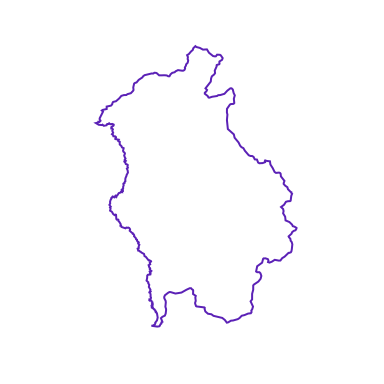 outline of San Agustín, Huila, Colombia, rotated 199°
{"feature_id": "7082276B97741553625130", "entity_name": "San Agustín", "entity_type": "district", "adm_level": 2, "iso_a3": "COL", "parent_name": "Colombia", "parent_adm1": "Huila", "projection": "albers", "projection_center": [-76.402, 1.927], "detail": "fine", "context": "isolated", "style": "outline", "palette": "violet", "viewbox_px": 384, "rotation_deg": 199, "n_neighbors": 0, "source": "geoboundaries", "source_scale": "gbopen_adm2", "svg_char_len": 6006}
<svg xmlns="http://www.w3.org/2000/svg" viewBox="0 0 384 384"><g transform="rotate(199 192 192)"><path d="M186.8,52.3L181.1,53.4L179.3,54.3L178.9,55.0L178.8,56.5L178.1,57.7L178.5,58.7L177.7,59.6L180.3,62.6L179.4,64.3L177.4,66.3L177.3,68.5L178.0,71.7L178.4,72.9L179.8,74.8L180.8,79.0L181.5,80.5L183.5,82.4L184.1,83.6L184.0,85.5L181.8,88.9L180.8,90.0L179.6,90.4L174.6,90.6L169.2,93.5L165.4,97.8L162.8,100.3L161.5,100.7L160.4,100.0L159.3,99.8L158.8,99.2L157.8,95.9L154.6,95.0L154.5,93.3L153.0,90.2L153.0,88.4L152.7,87.5L151.0,85.4L150.4,85.3L142.7,86.9L142.2,86.6L142.0,85.5L140.5,83.4L137.3,82.1L133.8,82.7L131.4,81.9L122.4,82.8L119.3,81.7L116.5,79.8L115.3,80.6L113.3,83.0L111.3,83.9L107.3,86.7L106.1,88.2L104.7,91.2L102.3,92.7L99.4,95.3L96.9,96.5L96.6,97.8L97.3,99.2L96.9,100.6L97.0,103.5L101.0,107.7L100.2,110.0L102.0,115.3L102.3,119.5L103.7,123.6L103.3,124.7L100.1,128.9L98.9,132.3L99.1,135.2L100.8,137.4L102.1,138.1L104.3,137.4L105.5,137.7L106.2,143.0L102.7,148.0L103.0,151.9L102.7,152.5L100.9,153.2L98.4,153.2L97.4,152.1L97.3,150.5L95.7,150.5L93.8,152.1L91.7,154.8L87.6,155.4L86.1,156.0L85.2,158.8L83.4,161.0L80.9,165.9L80.2,166.1L78.9,167.2L78.7,168.3L79.0,170.4L80.1,175.2L81.4,177.1L82.9,178.1L83.8,179.8L85.6,180.8L86.2,181.5L84.3,185.0L84.3,186.5L83.2,188.3L81.7,189.5L81.3,191.3L81.5,192.1L83.9,192.6L85.6,192.5L86.7,193.7L90.1,195.3L94.3,195.6L95.9,199.0L98.9,201.5L99.2,203.8L100.3,205.6L102.9,206.8L100.8,209.9L100.0,213.3L98.5,214.4L96.3,215.3L95.9,215.9L96.9,220.8L96.8,222.9L97.5,223.2L97.9,224.1L98.8,224.2L102.2,225.9L103.4,227.6L105.9,228.3L107.9,229.4L108.2,230.2L108.2,232.6L113.0,235.7L114.2,238.2L114.8,238.6L116.0,238.7L118.8,237.4L120.4,237.8L123.5,240.9L126.8,243.5L128.3,246.4L131.5,245.7L133.1,245.7L133.2,245.2L132.6,244.0L134.7,242.3L137.7,241.1L139.1,241.4L141.1,243.8L143.3,243.3L145.3,245.3L146.9,245.6L148.4,245.1L150.3,245.2L155.4,248.2L157.7,250.2L159.8,250.5L161.6,251.5L164.1,254.0L169.4,257.2L171.2,260.1L178.6,263.2L182.4,271.4L183.7,276.7L184.9,278.6L186.0,282.0L184.6,287.0L184.0,287.7L181.4,288.9L181.0,289.9L182.8,293.8L183.0,297.3L184.8,299.1L186.8,302.2L188.3,302.9L189.5,302.5L191.6,299.3L193.3,295.4L196.8,292.9L198.7,292.1L199.6,290.9L204.0,288.6L206.2,286.9L207.1,286.7L208.5,287.9L211.9,289.1L212.2,290.1L211.2,291.8L211.0,293.4L213.0,294.4L210.2,302.5L210.9,305.5L210.9,307.8L209.3,310.4L208.9,311.9L210.0,314.2L209.6,318.8L210.0,319.9L209.9,320.2L207.8,321.7L207.8,322.4L208.5,323.8L208.5,324.4L206.6,326.8L206.6,328.6L209.3,330.6L210.3,330.8L213.0,330.0L213.6,328.1L214.4,327.7L216.3,327.4L221.3,329.2L224.3,331.7L228.0,330.2L231.5,330.8L235.1,330.5L236.3,331.0L237.6,328.3L237.5,326.6L238.7,324.5L239.9,321.4L241.2,319.8L239.8,318.3L239.4,316.3L238.5,315.3L238.3,314.2L238.2,312.7L239.1,310.8L238.9,309.5L239.3,307.4L238.7,306.4L238.9,304.9L239.6,304.0L240.7,303.5L244.9,302.7L246.7,300.9L247.4,299.6L249.5,298.2L250.6,296.3L251.0,294.1L252.2,293.7L253.8,294.0L255.8,293.5L261.0,291.6L264.1,292.9L264.9,292.9L266.4,292.5L267.2,291.4L268.8,290.9L274.9,287.0L276.0,285.3L276.2,284.2L278.9,280.7L280.1,277.5L281.3,276.7L282.0,275.7L281.6,271.8L280.5,269.4L280.7,268.3L282.0,265.5L284.9,263.5L285.7,262.3L287.9,261.5L290.1,259.9L291.3,256.8L293.4,253.1L295.9,251.5L296.2,249.9L296.0,248.9L296.7,247.3L300.5,245.0L299.7,242.7L303.1,240.6L303.8,239.7L302.3,239.0L303.3,231.6L302.8,230.3L301.8,229.8L301.7,229.3L302.4,228.0L303.5,227.9L303.6,227.0L305.3,225.9L302.1,225.2L298.8,226.0L298.5,226.5L296.9,225.9L294.5,227.3L294.3,228.7L293.0,229.1L292.7,230.0L291.3,229.5L289.6,230.4L288.1,230.3L287.8,230.0L287.9,229.0L289.3,227.5L289.3,226.5L289.0,225.8L288.2,226.1L287.2,225.5L287.3,223.9L285.8,222.3L286.5,220.6L285.1,220.1L284.5,219.1L282.7,219.6L281.8,219.2L281.6,218.8L282.0,217.8L281.7,217.1L278.3,217.6L278.5,216.3L277.9,216.0L276.7,216.0L275.8,213.4L273.6,212.4L272.8,211.4L270.9,211.2L270.6,208.5L270.0,207.8L268.5,207.2L267.9,206.4L268.0,204.4L266.6,202.7L265.8,202.1L266.1,200.6L264.7,199.9L264.9,199.5L265.9,199.1L265.9,198.7L264.4,197.8L263.7,196.9L262.1,196.9L261.5,196.6L261.3,195.0L260.5,194.1L261.2,192.9L259.9,191.5L258.9,189.5L259.4,186.6L259.2,186.1L259.4,183.8L259.3,182.6L258.5,180.4L258.9,180.0L258.7,178.4L259.4,178.0L259.6,177.3L258.8,176.2L258.8,174.4L258.3,173.1L258.8,172.0L258.0,171.5L257.7,170.6L258.9,170.5L258.1,169.1L259.3,168.9L259.4,168.2L260.9,167.1L261.4,164.9L262.1,164.0L261.8,163.0L262.0,162.5L263.2,163.4L263.8,161.6L265.5,162.0L265.8,161.6L265.8,160.5L266.4,159.9L266.1,159.1L266.4,158.1L266.3,156.1L265.6,154.4L265.9,152.9L264.0,151.6L264.5,150.6L263.6,149.8L263.4,147.7L261.6,147.3L260.7,146.8L259.7,145.7L257.7,144.9L256.8,145.8L256.4,145.7L254.8,141.9L254.1,141.4L253.0,141.9L252.6,141.8L252.0,140.5L251.0,140.1L248.9,138.3L248.7,136.8L247.9,136.9L247.3,136.0L243.1,136.0L242.5,137.0L241.7,137.0L240.8,137.6L239.6,137.5L238.4,136.6L238.3,135.1L235.6,133.9L234.5,133.7L234.3,133.1L233.3,133.0L232.5,132.2L232.4,131.3L230.1,130.1L229.5,129.1L228.5,129.0L228.1,128.0L227.0,127.2L226.5,127.4L225.9,127.0L226.1,125.7L224.6,125.0L224.7,123.2L224.1,121.7L225.0,120.8L223.8,119.1L223.0,119.4L222.1,118.8L221.1,118.8L220.2,118.3L217.2,117.8L216.0,115.9L214.6,115.7L210.7,113.2L210.0,113.6L209.7,113.3L208.5,113.4L208.1,113.0L208.9,111.2L208.0,110.0L209.2,108.7L207.6,106.5L207.1,106.5L206.6,106.0L206.6,104.8L204.7,104.1L205.1,103.2L205.8,102.8L205.1,102.2L205.3,101.7L204.6,101.3L204.5,100.5L206.8,99.3L207.1,98.4L206.4,96.0L206.1,93.4L203.9,92.4L203.7,91.5L202.2,90.3L201.9,88.2L199.5,86.1L199.4,85.2L198.8,84.6L199.6,83.9L199.6,83.1L198.7,83.0L197.7,81.4L197.1,79.4L196.5,79.0L196.3,78.2L196.2,76.9L196.5,76.6L197.3,76.6L197.2,75.8L196.7,75.5L196.2,75.9L194.8,75.8L194.4,75.1L193.6,74.9L193.5,74.0L193.1,74.1L192.6,73.3L193.2,72.7L192.3,71.7L193.1,71.0L192.5,70.5L192.4,69.6L191.6,69.4L191.2,69.8L190.2,68.9L189.5,68.9L189.3,68.5L188.3,68.2L188.0,67.5L187.1,67.3L187.1,66.5L185.7,66.0L183.6,62.2L183.3,59.2L184.2,56.5L183.9,56.1L184.0,54.8L185.3,53.1L186.8,52.3Z" fill="none" stroke="#5b21b6" stroke-width="2"/></g></svg>